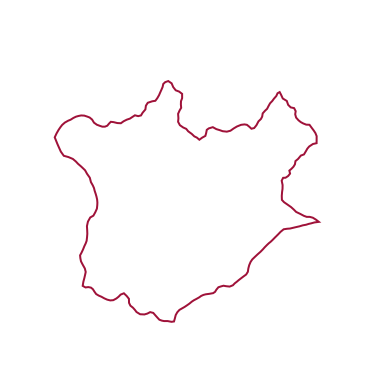 the district of Curral de Dentro, Minas Gerais, Brazil, rotated 338°
{"feature_id": "56859067B33265035190159", "entity_name": "Curral de Dentro", "entity_type": "district", "adm_level": 2, "iso_a3": "BRA", "parent_name": "Brazil", "parent_adm1": "Minas Gerais", "projection": "robinson", "projection_center": [-41.753, -15.857], "detail": "fine", "context": "isolated", "style": "outline", "palette": "rose", "viewbox_px": 384, "rotation_deg": 338, "n_neighbors": 0, "source": "geoboundaries", "source_scale": "gbopen_adm2", "svg_char_len": 3631}
<svg xmlns="http://www.w3.org/2000/svg" viewBox="0 0 384 384"><g transform="rotate(338 192 192)"><path d="M235.6,139.7L231.4,139.3L229.0,139.9L227.1,142.8L225.4,145.0L221.9,145.4L218.4,146.3L216.9,143.4L215.0,141.3L213.5,138.0L211.2,134.3L210.3,131.3L208.0,128.9L205.8,125.5L205.4,121.7L207.0,118.6L208.4,114.3L211.1,111.7L213.5,109.9L214.5,106.6L215.8,103.7L218.0,101.3L219.6,97.3L217.7,94.1L215.0,91.6L213.9,87.8L213.8,83.6L211.5,80.2L208.3,80.1L205.8,81.1L204.1,83.6L202.1,85.6L199.7,87.9L197.8,89.8L195.0,92.0L192.2,93.7L189.1,93.0L184.4,92.7L181.6,94.7L179.7,98.0L175.9,100.0L173.4,101.9L170.5,101.5L167.8,99.5L164.8,100.1L161.9,100.7L158.6,100.5L155.1,100.8L151.8,101.6L148.6,100.1L145.4,97.8L143.0,96.5L140.5,97.6L138.3,98.8L135.8,98.8L133.3,97.8L131.4,96.2L129.0,94.0L127.1,91.0L126.5,87.4L125.0,84.6L123.2,82.9L120.7,80.8L117.9,79.5L115.3,79.0L112.7,78.7L109.8,78.9L106.5,79.5L103.9,79.5L100.1,80.0L96.7,81.2L94.3,82.6L91.6,84.4L88.3,87.0L85.2,89.9L85.2,93.3L85.2,97.1L85.3,100.3L85.5,105.4L86.7,110.4L90.5,113.3L93.9,116.7L95.7,120.1L96.9,123.2L98.7,126.7L99.8,129.1L101.0,131.8L101.5,135.8L102.6,140.5L102.0,145.0L102.5,148.8L102.6,151.7L102.2,154.4L102.0,157.6L101.7,160.5L101.2,163.5L100.3,166.4L99.2,168.8L97.6,171.8L94.8,174.5L91.7,177.0L88.1,177.5L84.4,180.5L81.8,184.3L80.5,188.2L79.3,191.5L77.7,194.7L76.0,197.8L74.2,199.8L71.9,201.9L69.4,204.5L66.8,206.9L64.5,208.8L63.7,211.5L63.1,214.7L63.4,218.0L64.0,222.8L63.5,226.3L62.1,228.4L60.0,231.4L57.6,234.6L55.5,238.1L57.5,240.6L60.2,241.3L62.5,242.8L63.7,245.0L64.2,247.8L64.9,250.7L66.7,253.1L68.8,255.2L70.8,257.7L73.0,260.0L75.6,261.9L78.5,262.8L82.0,262.4L84.7,261.6L87.4,260.4L90.9,260.4L92.5,264.0L93.5,267.4L92.1,271.2L92.3,274.3L93.9,277.1L94.9,279.9L95.6,282.5L98.1,285.9L102.0,287.7L105.1,288.0L108.2,287.7L110.8,289.6L111.9,292.8L112.9,295.6L113.9,298.2L115.9,300.0L117.9,301.3L121.0,302.5L124.4,304.7L126.8,305.3L128.6,303.0L130.8,300.0L133.3,298.0L136.2,296.6L142.0,295.8L144.9,295.2L147.9,294.5L150.7,293.6L153.1,293.1L156.0,292.8L159.1,292.4L161.6,291.8L164.0,291.7L166.4,292.0L169.9,292.9L173.7,293.7L176.0,293.2L178.0,291.7L180.8,290.2L183.6,290.4L186.1,290.7L188.3,292.1L191.5,293.8L195.0,293.8L197.4,292.7L199.9,292.0L202.3,291.2L204.8,290.5L207.7,289.7L211.3,288.8L213.9,286.9L215.6,284.0L217.6,281.3L220.1,278.8L222.6,277.1L225.8,275.8L229.4,274.4L233.1,273.1L236.3,271.7L238.7,270.5L241.7,269.2L244.0,268.3L246.3,267.6L248.6,266.7L251.8,265.3L256.1,263.5L259.2,262.1L263.0,260.9L266.4,261.7L269.2,262.6L273.2,263.2L276.4,263.7L278.8,264.1L282.2,264.4L285.6,265.1L288.3,265.3L290.7,265.7L294.2,266.1L298.4,267.2L296.6,264.1L294.4,261.1L291.9,259.2L289.0,258.0L286.8,256.0L284.1,252.8L281.1,249.5L279.8,246.4L278.2,243.1L275.6,239.1L273.5,235.9L272.4,233.0L273.8,229.2L275.6,225.6L277.1,223.0L278.6,219.5L279.4,215.1L281.8,213.0L284.1,213.8L287.1,213.2L289.8,211.7L290.3,208.6L292.8,207.8L295.5,206.6L297.8,204.9L299.5,202.1L302.7,201.1L306.6,199.0L309.9,199.1L313.2,196.6L315.2,195.0L317.7,193.7L322.1,192.8L325.8,193.4L327.1,190.3L328.5,186.9L328.5,183.6L327.9,180.6L327.1,177.6L326.1,173.7L323.1,172.3L320.8,170.1L319.0,167.9L317.6,165.4L316.4,162.0L316.8,158.6L318.4,155.9L318.1,152.5L315.2,150.5L313.8,147.2L314.0,143.1L311.2,139.3L311.0,135.0L310.7,132.2L308.3,132.5L306.1,134.6L302.9,136.2L300.5,137.7L297.6,139.0L295.1,141.0L292.8,143.0L290.2,144.0L287.0,145.6L285.3,148.4L283.3,150.1L280.1,151.4L276.8,154.2L273.6,156.0L270.8,155.6L269.5,152.8L268.1,150.3L266.0,149.0L262.7,148.1L258.2,148.1L254.4,148.7L250.6,149.6L246.9,149.1L243.2,147.1L240.7,144.9L238.1,142.8L235.6,139.7Z" fill="none" stroke="#9f1239" stroke-width="2"/></g></svg>